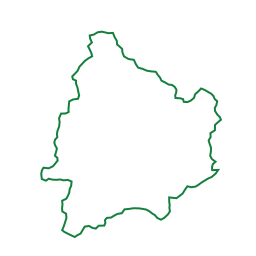 the district of Recreio, Minas Gerais, Brazil, rotated 81°
{"feature_id": "56859067B1728597863247", "entity_name": "Recreio", "entity_type": "district", "adm_level": 2, "iso_a3": "BRA", "parent_name": "Brazil", "parent_adm1": "Minas Gerais", "projection": "natural_earth1", "projection_center": [-42.438, -21.518], "detail": "fine", "context": "isolated", "style": "outline", "palette": "green", "viewbox_px": 256, "rotation_deg": 81, "n_neighbors": 0, "source": "geoboundaries", "source_scale": "gbopen_adm2", "svg_char_len": 2345}
<svg xmlns="http://www.w3.org/2000/svg" viewBox="0 0 256 256"><g transform="rotate(81 128 128)"><path d="M124.7,39.4L121.7,39.1L119.3,37.2L115.5,35.7L113.0,37.8L109.8,38.6L107.1,40.5L104.8,43.4L102.4,46.3L100.4,49.6L102.9,52.9L105.1,56.4L108.6,58.1L110.8,61.8L111.7,65.3L110.9,68.8L108.1,69.1L106.8,71.9L105.8,76.4L103.2,76.3L100.2,74.7L97.6,74.2L94.6,75.5L92.3,77.9L91.5,81.0L89.1,83.9L86.4,87.6L83.4,88.4L80.5,90.1L76.8,91.8L75.7,96.3L74.3,100.5L71.8,104.5L70.0,108.5L66.4,110.2L61.6,111.5L59.9,116.8L56.7,120.7L52.4,121.7L49.0,121.4L46.2,123.6L43.8,125.7L40.3,125.4L36.1,127.0L31.7,128.0L31.3,132.5L30.0,135.7L28.8,138.7L28.7,143.0L30.4,147.2L30.6,151.3L33.8,151.4L37.9,150.3L41.0,154.7L44.3,153.6L48.2,152.5L51.6,152.2L52.9,155.9L55.0,160.2L57.4,163.2L59.7,166.2L63.8,169.0L66.4,172.4L68.3,175.0L71.2,174.8L73.1,171.9L76.2,172.4L80.0,171.6L84.4,171.4L88.3,171.2L91.3,172.8L91.2,177.7L92.5,181.9L96.4,182.9L99.8,183.8L102.9,184.1L103.9,187.3L103.3,191.9L107.7,194.6L111.3,194.6L115.6,195.7L119.6,198.0L122.7,199.1L126.1,199.3L128.1,201.9L131.0,203.1L133.9,202.6L137.1,201.4L140.6,202.9L143.9,204.5L146.3,202.5L149.2,202.6L151.5,205.2L154.0,208.0L155.4,212.6L154.0,217.7L156.5,219.7L159.9,220.9L164.9,221.1L167.2,217.3L165.7,214.3L167.2,210.6L168.0,206.8L168.2,203.1L169.6,199.8L169.9,195.5L172.0,192.1L176.3,193.2L179.1,195.1L182.5,196.1L185.4,197.8L188.2,200.0L189.5,204.4L193.4,204.7L197.0,205.7L200.2,205.9L202.9,202.6L207.3,202.9L211.5,205.0L215.4,207.0L218.6,209.0L220.7,207.1L223.8,202.8L227.3,197.7L226.0,194.8L224.8,191.3L221.4,188.5L218.6,186.1L218.7,181.7L221.1,178.8L222.3,175.6L219.9,172.1L220.7,166.7L218.2,165.2L215.4,165.2L213.5,163.0L213.8,158.7L212.5,155.7L211.2,151.9L211.2,147.4L207.8,144.2L208.1,139.3L208.1,135.2L209.1,129.7L210.2,126.1L211.5,122.6L213.5,120.0L216.3,117.4L218.2,115.1L221.4,113.2L223.7,109.8L222.4,106.2L219.6,102.1L216.8,99.6L213.4,99.6L210.6,98.9L207.2,98.8L203.0,98.2L203.9,94.9L204.9,91.1L203.1,87.6L201.3,84.3L198.0,81.5L194.9,78.5L196.4,74.7L196.4,70.3L195.1,67.2L193.6,64.4L192.0,60.6L190.4,56.7L189.5,53.1L186.8,48.6L183.5,45.5L182.8,51.4L179.9,51.2L177.0,49.9L175.0,46.8L171.9,49.9L168.4,51.2L163.8,49.7L160.2,49.1L156.7,49.8L153.0,50.3L149.8,47.8L146.0,47.4L143.8,42.5L138.6,41.6L136.6,38.6L134.4,34.9L131.6,35.6L128.7,37.7L124.7,39.4Z" fill="none" stroke="#15803d" stroke-width="2"/></g></svg>